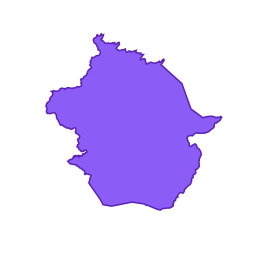 outline of Campo Formoso, Bahia, Brazil, rotated 36°
{"feature_id": "56859067B18593931562770", "entity_name": "Campo Formoso", "entity_type": "district", "adm_level": 2, "iso_a3": "BRA", "parent_name": "Brazil", "parent_adm1": "Bahia", "projection": "robinson", "projection_center": [-40.821, -10.26], "detail": "fine", "context": "isolated", "style": "filled", "palette": "violet", "viewbox_px": 256, "rotation_deg": 36, "n_neighbors": 0, "source": "geoboundaries", "source_scale": "gbopen_adm2", "svg_char_len": 5739}
<svg xmlns="http://www.w3.org/2000/svg" viewBox="0 0 256 256"><g transform="rotate(36 128 128)"><path d="M203.8,172.5L207.1,169.4L208.7,168.3L210.0,165.9L210.4,164.7L209.9,163.7L209.5,163.2L208.9,163.2L208.7,162.5L209.0,161.5L208.7,160.9L208.2,160.7L207.9,160.1L208.9,158.9L208.9,158.3L208.6,157.8L208.1,157.5L208.2,156.1L208.6,154.8L208.9,154.4L208.1,154.4L207.8,153.1L207.8,151.0L208.2,149.4L209.3,148.8L210.7,148.6L210.9,147.3L210.6,146.0L210.0,145.1L210.1,142.6L210.4,141.9L210.3,140.4L211.5,137.1L211.4,135.8L211.1,135.5L210.7,133.6L209.8,132.5L209.1,131.3L209.6,130.7L209.8,130.0L209.4,129.2L208.4,128.0L208.7,127.5L208.6,126.7L209.3,125.5L209.4,124.8L207.1,122.0L207.5,121.6L207.7,120.9L208.1,120.4L208.3,117.6L207.4,116.0L206.6,115.3L205.7,114.1L205.0,113.6L204.7,112.2L203.9,111.2L203.7,110.5L203.8,109.8L203.0,108.1L203.2,107.4L203.1,106.7L202.2,106.0L202.0,105.5L201.4,104.9L200.3,104.2L199.4,103.9L197.9,103.2L195.5,103.2L194.5,102.5L194.0,101.9L192.0,101.3L191.4,101.6L191.0,102.1L191.1,103.3L190.1,104.0L190.0,104.6L190.2,105.2L189.2,106.3L188.7,106.3L187.9,106.1L187.4,105.6L186.3,104.2L185.4,104.0L183.7,103.1L183.0,102.3L181.5,101.2L181.3,100.7L181.8,98.8L182.2,98.2L183.6,97.0L184.8,96.4L185.0,95.8L185.0,94.2L185.9,92.1L186.4,91.6L188.0,90.9L189.4,89.7L191.0,88.7L192.0,87.8L192.6,87.5L194.7,84.9L195.5,83.1L196.0,81.3L196.0,80.5L196.8,78.7L197.0,77.4L197.0,76.5L195.7,74.4L195.5,73.8L195.5,73.1L196.0,72.4L196.6,71.9L197.9,67.9L197.8,66.3L197.4,65.0L197.5,64.3L196.3,64.1L196.2,64.7L195.7,65.1L195.1,66.2L193.8,66.7L193.5,67.5L192.9,68.0L191.7,68.1L189.9,68.7L187.5,70.2L186.0,71.7L185.6,72.0L184.6,73.2L183.3,74.4L182.9,75.3L182.4,75.7L167.7,75.6L145.5,60.4L117.6,57.4L117.5,53.6L117.6,52.5L117.0,51.5L116.5,51.3L116.0,52.4L115.9,53.9L115.6,55.6L115.2,56.2L114.5,56.1L114.1,55.7L113.0,58.1L112.0,59.3L110.8,60.3L110.0,60.8L108.6,61.1L107.7,61.5L106.9,62.5L106.1,64.6L105.6,65.3L105.0,65.3L104.7,64.7L104.1,64.5L102.7,63.6L101.8,62.5L100.7,62.2L100.1,62.4L99.1,64.0L98.7,64.9L98.2,65.3L97.7,65.4L97.4,65.0L97.3,64.1L97.3,59.5L94.9,61.0L94.4,59.9L92.5,61.2L91.3,61.5L90.7,62.1L90.1,62.3L89.6,62.0L89.1,60.3L86.8,63.3L86.5,64.0L85.8,64.7L85.1,64.5L83.8,64.9L83.3,65.4L83.1,66.4L82.7,67.3L82.3,67.6L81.6,67.6L81.2,67.2L80.0,66.5L79.8,65.8L79.3,65.6L78.8,66.7L77.8,67.8L77.3,68.0L76.6,69.0L76.4,69.8L75.7,70.2L75.3,70.8L74.6,70.9L74.0,70.5L73.3,70.6L72.8,70.9L72.2,70.9L71.7,70.4L71.6,68.7L71.9,65.7L71.7,65.1L70.5,64.0L69.8,64.6L69.2,67.1L67.8,68.0L67.1,66.8L66.7,67.3L65.5,67.9L65.2,68.8L64.8,69.4L64.2,69.6L63.6,70.3L63.1,70.6L61.9,70.9L61.6,71.5L59.4,72.8L55.5,72.1L54.6,72.7L54.2,72.2L54.3,70.3L54.0,68.6L53.3,66.9L52.6,68.1L52.1,68.1L51.0,67.5L50.8,68.0L51.2,69.4L50.9,70.2L50.2,70.8L49.5,71.0L49.1,70.6L48.3,70.6L48.2,71.4L48.8,71.8L48.9,73.2L48.6,73.7L47.8,75.8L47.9,76.5L48.3,77.2L49.5,78.3L50.8,78.9L51.3,79.0L52.0,78.8L53.6,79.2L55.7,80.6L56.4,80.8L57.9,82.4L58.5,82.0L59.9,82.0L61.5,83.4L61.9,85.1L61.6,86.6L60.1,88.0L59.6,88.7L59.5,90.0L57.9,91.8L57.3,92.1L57.8,93.1L58.5,96.7L59.1,97.0L59.7,97.6L60.1,99.6L61.3,99.6L61.9,100.0L62.3,100.5L62.9,100.6L63.2,101.3L62.3,103.0L62.0,104.7L62.3,106.4L62.7,107.1L62.7,107.9L62.9,108.5L63.3,109.1L62.9,110.7L62.8,111.3L62.1,112.5L62.7,113.8L62.6,114.4L61.4,115.6L61.2,116.3L61.6,116.9L62.6,117.4L63.2,118.2L63.2,118.9L63.6,119.5L64.3,119.5L65.3,120.8L65.4,121.4L64.9,122.2L64.7,123.3L64.0,123.8L62.9,124.0L62.4,124.7L61.9,126.2L60.9,127.2L60.7,127.7L60.0,127.9L59.8,128.5L58.5,129.2L57.8,129.9L56.9,130.0L56.1,130.3L55.5,130.9L54.9,131.7L54.6,132.3L54.5,133.6L54.1,133.3L53.6,133.3L52.9,134.0L51.5,134.3L50.5,135.3L50.0,136.3L50.1,137.1L50.4,137.7L50.1,138.2L49.8,139.4L48.3,140.2L47.3,141.1L46.5,141.2L44.9,142.7L44.5,143.5L45.7,143.3L46.2,143.5L47.2,144.9L47.7,146.6L47.4,147.8L47.5,150.2L47.7,150.8L48.5,151.6L48.6,152.2L48.4,153.6L47.9,154.2L47.9,156.1L48.5,157.6L48.6,158.3L49.4,159.0L50.7,159.4L51.2,159.7L51.5,160.2L51.5,160.9L52.0,162.3L52.5,162.9L54.0,163.6L54.5,163.5L54.9,163.0L56.0,162.6L56.5,162.2L57.6,161.0L57.9,160.3L58.3,159.8L59.7,158.9L60.3,158.8L61.7,159.4L62.4,159.4L62.8,160.1L64.1,161.6L65.4,162.4L67.0,162.7L68.1,163.6L69.0,163.8L70.2,164.8L71.7,165.3L72.3,165.1L72.6,164.5L73.1,164.3L75.5,164.4L76.9,164.1L78.2,164.1L78.8,163.9L79.8,163.0L80.7,162.7L81.4,162.9L82.0,162.7L83.1,162.1L83.8,161.3L84.0,160.1L84.3,159.5L84.9,159.1L85.5,159.0L86.2,159.3L87.1,160.0L87.5,161.9L88.2,162.5L88.9,162.8L89.5,162.6L92.2,162.6L93.8,162.8L94.4,164.6L94.3,165.4L93.9,166.2L94.0,167.0L95.3,167.9L95.7,168.4L97.1,169.1L97.4,169.7L97.5,170.2L97.1,171.0L97.7,173.0L98.8,173.3L99.2,172.8L100.3,173.7L101.2,174.2L101.9,173.9L102.5,174.0L103.0,174.4L103.5,174.3L104.1,174.5L104.6,174.2L104.8,173.4L105.5,173.2L106.1,172.2L105.9,171.5L106.7,171.0L107.1,170.5L108.2,171.0L108.8,171.6L108.9,172.3L108.0,173.1L108.2,173.7L108.0,175.1L107.5,175.7L107.0,175.2L106.6,175.4L107.2,176.4L107.1,177.0L107.3,177.6L106.9,178.1L106.3,178.0L105.1,178.9L105.6,179.1L105.4,180.0L105.0,180.5L103.8,179.6L103.6,180.8L103.0,180.6L102.5,180.8L102.2,181.5L101.6,181.2L100.9,182.1L100.8,182.8L101.3,182.5L101.8,182.8L101.4,183.4L101.1,184.2L101.2,184.8L101.0,185.2L101.1,185.8L100.7,186.3L100.4,187.1L99.7,187.4L99.6,188.1L99.2,188.7L99.3,189.6L98.8,190.3L102.4,191.0L108.1,188.1L108.4,188.6L108.9,188.8L110.7,188.3L112.3,188.7L113.3,188.3L116.2,188.5L117.3,188.2L118.3,188.5L119.4,189.2L119.8,189.8L119.8,190.6L120.6,190.8L121.0,190.4L121.2,189.8L121.7,189.2L122.5,189.0L124.7,188.2L125.9,188.0L126.3,188.3L126.5,188.9L126.4,190.2L127.6,192.5L128.4,195.1L128.8,195.6L147.3,202.0L152.9,204.7L160.5,201.0L174.8,185.6L186.5,179.6L187.0,179.8L188.3,179.9L189.0,179.2L189.7,178.9L198.2,176.9L202.4,175.5L202.8,174.0L203.8,172.5Z" fill="#8b5cf6" stroke="#5b21b6" stroke-width="1.5"/></g></svg>